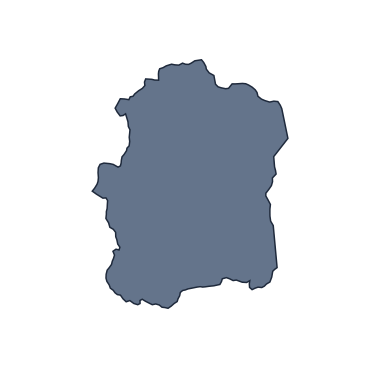 the district of Cajazeiras do Piauí, Piauí, Brazil, rotated 324°
{"feature_id": "56859067B2210430930497", "entity_name": "Cajazeiras do Piauí", "entity_type": "district", "adm_level": 2, "iso_a3": "BRA", "parent_name": "Brazil", "parent_adm1": "Piauí", "projection": "robinson", "projection_center": [-42.476, -6.786], "detail": "fine", "context": "isolated", "style": "filled", "palette": "slate", "viewbox_px": 384, "rotation_deg": 324, "n_neighbors": 0, "source": "geoboundaries", "source_scale": "gbopen_adm2", "svg_char_len": 2513}
<svg xmlns="http://www.w3.org/2000/svg" viewBox="0 0 384 384"><g transform="rotate(324 192 192)"><path d="M70.6,214.3L70.4,218.5L69.4,221.8L70.5,225.2L70.5,228.4L71.3,231.1L73.5,233.4L73.4,237.9L74.2,242.1L77.9,243.3L79.4,248.0L81.9,251.3L84.4,251.7L86.2,249.2L88.7,249.5L90.1,253.0L93.6,259.8L96.9,261.3L99.1,264.2L100.0,267.6L102.1,269.5L104.3,272.0L108.1,272.1L112.1,271.7L115.6,271.9L117.9,270.2L121.0,268.7L123.5,266.4L126.6,266.2L129.0,267.3L131.7,268.0L135.8,269.9L140.2,271.9L143.0,273.4L144.8,275.2L147.0,276.5L150.4,278.3L154.5,280.7L156.8,281.7L160.2,283.2L163.2,281.8L165.5,280.0L169.5,281.5L171.4,284.3L173.2,287.8L176.1,289.3L179.6,294.5L183.0,297.3L186.6,297.7L184.3,300.1L182.5,303.0L183.2,306.3L186.5,306.9L189.5,307.8L192.3,310.3L195.2,310.7L198.1,310.2L202.1,310.6L206.5,307.7L210.7,303.6L213.3,303.2L216.4,303.2L238.0,266.9L238.5,261.8L240.9,257.3L242.8,254.6L245.0,251.6L248.1,248.2L248.8,243.5L249.4,238.6L251.0,236.4L255.8,235.0L260.0,233.5L263.2,231.0L265.3,227.9L270.6,226.9L272.3,223.5L273.5,220.3L278.9,211.4L301.1,205.0L313.6,177.4L314.4,173.7L314.6,169.3L311.6,166.6L307.7,164.9L304.7,160.9L302.8,157.7L301.6,153.3L303.1,149.7L303.2,146.5L302.3,142.6L300.7,138.8L299.1,136.0L296.6,133.8L293.4,131.8L290.4,129.9L288.0,128.1L285.4,128.8L282.5,129.6L279.9,128.2L276.9,124.9L274.9,122.2L274.4,118.6L275.9,115.4L278.2,110.6L275.9,105.7L275.8,101.0L277.0,98.6L277.6,94.1L277.4,90.6L271.4,87.5L267.2,87.3L264.3,86.8L261.9,84.9L260.1,82.2L255.9,81.6L252.8,79.0L250.6,76.6L247.7,75.6L245.3,74.8L241.6,74.4L238.3,73.3L236.0,74.8L234.2,76.8L232.4,79.5L230.7,81.9L227.6,79.5L225.8,77.3L221.0,73.3L218.2,75.1L216.4,78.2L212.7,79.0L208.4,78.7L203.3,79.0L200.5,79.9L198.0,78.7L195.2,80.2L192.1,77.1L188.8,74.4L183.7,76.9L179.1,79.0L178.5,83.4L178.6,88.2L181.2,89.6L184.2,89.7L181.5,97.5L179.0,101.6L178.4,105.2L176.1,107.8L173.4,110.8L171.3,114.5L168.3,117.7L165.2,118.3L163.3,120.1L159.1,121.7L156.1,122.4L153.5,124.8L151.7,126.9L149.4,128.8L146.8,128.4L144.5,123.4L142.1,120.7L137.7,116.8L133.9,115.6L130.4,117.4L127.3,121.2L124.7,125.4L122.2,128.2L119.8,129.9L115.4,131.7L111.8,132.7L113.4,137.5L115.2,141.9L116.3,144.6L118.9,146.2L118.7,149.3L116.2,152.3L113.7,155.4L111.2,157.5L109.6,159.7L106.8,162.8L106.4,167.9L104.8,172.3L106.4,175.9L106.5,179.7L104.0,183.4L103.2,186.3L101.3,190.5L101.2,194.3L98.9,196.0L96.9,193.6L93.2,193.5L92.2,197.5L89.3,199.7L86.9,201.1L84.3,203.3L80.4,204.6L77.4,205.4L74.2,208.1L71.8,211.1L70.6,214.3Z" fill="#64748b" stroke="#1e293b" stroke-width="1.5"/></g></svg>